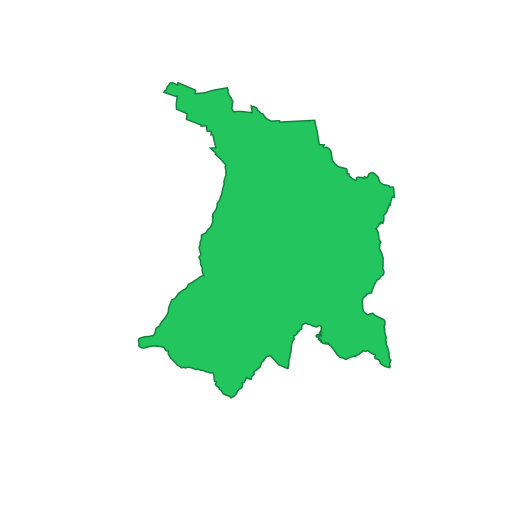 outline of Geoagiu, Hunedoara, Romania, rotated 218°
{"feature_id": "2599482B22315880947882", "entity_name": "Geoagiu", "entity_type": "district", "adm_level": 2, "iso_a3": "ROU", "parent_name": "Romania", "parent_adm1": "Hunedoara", "projection": "natural_earth1", "projection_center": [23.19, 45.959], "detail": "fine", "context": "isolated", "style": "filled", "palette": "green", "viewbox_px": 512, "rotation_deg": 218, "n_neighbors": 0, "source": "geoboundaries", "source_scale": "gbopen_adm2", "svg_char_len": 6152}
<svg xmlns="http://www.w3.org/2000/svg" viewBox="0 0 512 512"><g transform="rotate(218 256 256)"><path d="M214.5,393.6L214.9,393.8L216.1,393.0L217.1,391.6L217.5,390.4L216.6,386.0L219.4,385.3L218.8,383.5L220.7,383.1L223.5,381.4L224.8,379.9L223.6,377.1L224.9,376.6L228.3,376.3L231.8,376.4L233.1,377.9L235.0,377.0L236.2,378.8L238.3,380.5L246.0,377.1L248.0,377.1L252.5,377.6L253.9,378.1L255.6,379.2L260.2,383.7L262.3,385.1L263.2,385.3L265.5,385.5L266.9,385.3L268.0,384.6L269.0,383.3L270.3,383.5L270.7,385.6L274.7,382.7L284.4,391.7L290.9,396.9L293.2,399.1L297.2,395.7L297.1,395.1L298.0,395.0L319.7,376.2L320.6,377.0L321.0,376.9L327.0,371.7L331.4,370.7L335.3,371.2L338.1,372.2L340.2,371.5L342.8,371.9L344.3,371.8L347.0,373.1L348.0,372.6L349.9,372.5L350.4,371.5L352.1,371.3L347.2,366.6L356.3,361.0L359.6,358.5L362.6,355.7L366.1,357.6L366.6,358.4L367.2,360.1L368.2,360.8L368.6,361.6L369.0,363.3L371.3,364.2L372.8,365.3L374.9,365.6L378.9,367.8L380.1,369.5L382.1,370.9L390.0,362.3L393.4,358.1L396.5,353.4L403.8,346.5L405.7,349.4L423.8,344.7L424.2,344.5L423.0,342.5L428.9,341.0L428.9,340.1L429.7,340.0L430.0,339.1L429.9,336.4L430.1,334.7L428.9,331.9L429.6,330.3L429.5,328.3L420.3,331.4L417.0,332.7L416.4,333.4L412.5,326.8L409.1,322.8L398.0,325.7L394.9,320.8L383.8,324.4L382.6,324.4L380.3,325.6L379.3,324.5L375.1,328.1L371.5,324.3L368.3,326.6L368.0,326.1L367.3,325.9L366.1,323.7L364.6,324.9L354.2,316.5L358.4,312.9L350.9,312.4L350.8,311.1L344.2,310.7L335.5,309.1L335.4,308.0L334.9,306.9L331.6,304.2L331.0,303.0L329.3,301.1L328.9,299.1L328.3,298.3L327.9,296.5L327.4,296.0L326.9,294.3L325.8,293.9L322.2,285.6L321.1,283.9L320.5,281.2L319.0,277.1L318.9,273.3L317.5,271.7L316.0,267.9L315.9,262.2L315.0,261.6L314.8,260.3L314.4,260.1L313.7,260.3L312.7,258.1L310.7,255.6L309.6,250.2L310.2,246.9L309.8,243.9L310.3,242.2L311.6,239.7L311.7,238.6L309.4,235.6L308.7,232.8L306.6,229.8L306.5,228.4L306.2,227.9L304.2,226.0L301.0,223.9L300.5,223.3L300.1,222.2L300.5,220.6L300.1,219.7L297.4,218.6L294.3,215.2L291.1,213.6L289.4,211.2L285.8,208.6L285.0,208.4L286.9,206.1L288.4,200.4L289.2,199.1L289.6,197.0L291.5,192.5L291.6,191.4L291.0,188.8L291.8,185.5L292.5,184.3L294.1,178.8L293.7,173.7L294.0,172.0L295.3,169.5L292.9,161.4L291.1,158.6L290.2,156.6L290.2,155.5L289.6,152.6L289.7,144.8L289.0,141.7L290.2,137.5L287.6,131.5L288.7,129.3L290.7,126.8L294.3,123.6L297.2,119.2L297.0,117.4L294.3,115.2L293.2,113.2L292.2,112.9L289.6,113.3L287.7,114.3L283.9,119.4L281.0,122.3L275.1,126.1L272.4,127.2L269.0,126.1L268.0,126.2L266.9,127.4L264.9,124.8L260.1,122.9L253.6,122.3L251.4,121.6L247.1,122.2L246.1,121.9L244.2,123.8L242.4,124.5L241.7,125.9L239.6,127.4L236.3,128.8L233.8,129.4L231.6,131.3L229.1,131.9L228.1,132.7L226.0,133.6L223.9,134.0L222.3,135.2L220.6,135.3L218.1,137.5L215.9,136.3L212.0,132.0L211.3,131.8L210.0,132.4L209.4,131.6L209.1,130.0L208.5,129.5L203.6,129.3L202.9,128.5L201.1,128.7L196.9,127.3L194.2,127.8L191.3,128.9L189.9,129.1L188.3,128.8L187.8,130.9L187.4,130.9L187.0,131.3L186.7,135.8L187.5,138.4L187.1,140.8L186.4,142.0L186.1,143.5L186.2,144.2L187.4,146.5L188.8,147.4L187.5,149.0L187.9,150.9L187.8,152.0L188.7,153.7L188.7,154.2L186.4,154.6L184.1,155.7L183.9,156.1L185.1,158.4L184.6,161.7L185.9,162.9L186.4,164.5L185.3,165.9L185.5,167.1L185.0,167.6L185.0,168.5L184.6,169.4L184.8,170.0L184.3,171.2L186.2,175.7L185.4,178.2L186.0,181.3L185.8,182.5L185.2,184.1L183.3,186.3L171.1,184.3L162.0,186.7L162.2,187.3L161.9,187.4L162.5,187.8L162.1,188.5L162.7,189.6L166.4,195.0L167.1,197.6L168.5,199.2L169.8,202.8L171.1,204.3L172.3,206.6L173.5,208.1L174.1,210.0L174.9,211.3L174.5,213.2L174.6,213.8L177.1,216.4L176.3,217.3L175.9,218.8L175.9,221.5L176.3,221.6L175.7,223.6L175.8,224.7L175.1,226.8L177.1,229.4L177.1,230.8L175.8,233.4L174.2,234.1L173.2,234.1L171.0,235.4L168.3,235.7L167.5,236.3L165.0,237.1L164.3,237.8L163.5,239.9L162.8,240.7L160.3,240.1L160.0,239.0L159.3,238.7L159.3,238.2L158.9,237.9L158.8,236.1L157.9,236.2L158.4,235.7L158.2,235.5L158.5,234.8L157.6,235.0L157.4,234.7L157.4,234.1L157.0,234.3L156.8,233.9L155.8,234.2L155.3,233.1L155.8,232.8L156.2,232.9L156.6,232.3L157.3,233.7L158.0,233.4L157.9,232.5L158.9,232.3L159.6,231.0L159.4,229.9L158.7,229.5L158.2,229.6L158.2,230.8L158.0,231.3L157.5,231.5L156.9,230.7L155.1,230.0L156.1,229.8L155.1,229.4L155.2,228.7L154.0,228.9L152.7,228.5L152.9,228.8L153.7,229.0L153.7,229.7L153.5,229.9L153.3,229.7L152.9,229.9L151.3,228.6L149.6,228.4L147.5,229.4L148.0,229.8L147.8,230.6L146.9,230.0L144.8,230.9L145.3,231.8L143.1,231.1L142.0,231.3L139.6,230.8L132.1,228.4L127.6,227.9L124.3,229.3L122.2,229.6L121.4,230.1L118.8,235.2L116.8,237.6L116.6,237.4L116.3,237.6L116.6,237.9L115.9,238.1L116.1,238.3L115.5,239.3L115.4,240.2L114.3,241.7L114.0,243.7L113.5,245.2L113.6,247.0L111.2,248.1L109.5,250.2L103.8,250.6L101.6,251.6L100.7,251.0L100.2,249.6L99.2,248.6L94.8,249.9L94.1,249.2L92.4,248.9L92.2,248.1L90.8,248.0L86.6,248.3L81.9,250.3L82.3,251.6L84.8,253.8L84.8,254.7L85.2,255.3L85.5,256.6L85.7,256.4L88.7,258.1L91.5,261.5L96.0,265.0L99.3,266.7L99.8,268.1L100.7,269.0L101.9,269.0L102.4,269.6L102.4,270.7L102.8,271.4L103.9,272.6L105.0,273.1L107.9,275.4L108.7,276.2L108.9,277.0L109.3,277.1L109.8,278.0L111.1,278.6L111.1,279.2L111.8,279.7L111.8,280.6L112.4,281.8L113.2,282.5L113.6,283.4L114.7,284.1L115.9,284.6L125.7,282.5L128.7,282.8L130.6,280.5L131.2,278.8L132.5,278.2L137.2,278.6L138.6,279.5L140.5,281.4L144.7,286.3L145.8,289.2L144.9,292.1L145.4,294.0L142.2,298.2L142.7,298.9L145.0,305.8L145.7,310.1L145.6,310.8L146.0,311.3L145.9,311.9L145.6,312.0L145.0,313.1L144.8,315.7L145.0,317.0L144.1,319.3L144.3,320.5L145.6,322.6L148.4,324.2L149.3,325.8L155.1,333.2L157.8,334.8L158.6,335.6L163.2,337.7L164.9,340.5L165.7,341.0L165.9,343.6L169.3,344.9L174.0,349.8L178.3,351.6L178.0,354.5L178.4,357.0L178.8,357.6L177.6,358.1L178.3,359.4L176.1,359.8L177.2,361.9L177.1,362.7L177.5,362.8L179.0,365.3L180.4,366.4L180.3,368.1L179.9,369.0L180.3,369.2L180.3,372.1L181.7,375.5L181.3,375.7L182.6,378.4L181.9,378.5L182.1,379.0L181.7,378.9L183.4,382.1L185.0,386.4L183.0,387.3L189.4,394.3L190.5,394.8L192.7,392.6L194.5,393.2L199.9,390.6L202.5,390.4L204.1,390.6L207.4,392.8L209.2,393.5L213.0,393.9L214.5,393.6Z" fill="#22c55e" stroke="#15803d" stroke-width="1.5"/></g></svg>